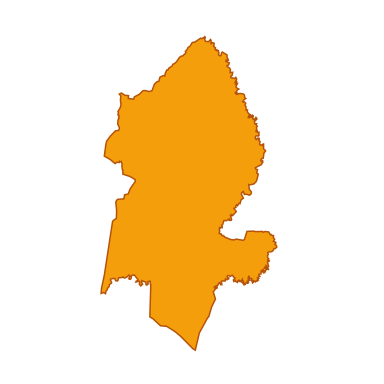 Chum Phuang, Nakhon Ratchasima, Thailand, rotated 190°
{"feature_id": "78962969B76863241399521", "entity_name": "Chum Phuang", "entity_type": "district", "adm_level": 2, "iso_a3": "THA", "parent_name": "Thailand", "parent_adm1": "Nakhon Ratchasima", "projection": "natural_earth1", "projection_center": [102.724, 15.266], "detail": "fine", "context": "isolated", "style": "filled", "palette": "amber", "viewbox_px": 384, "rotation_deg": 190, "n_neighbors": 0, "source": "geoboundaries", "source_scale": "gbopen_adm2", "svg_char_len": 6102}
<svg xmlns="http://www.w3.org/2000/svg" viewBox="0 0 384 384"><g transform="rotate(190 192 192)"><path d="M199.8,54.8L193.6,55.3L184.3,51.5L178.1,47.9L164.0,37.9L161.3,36.8L160.3,54.5L154.7,71.0L153.9,71.9L152.7,82.2L150.3,90.6L153.7,97.4L152.1,100.5L153.4,101.9L153.4,102.7L152.0,103.2L151.4,101.4L150.8,101.4L150.6,102.5L151.6,104.1L150.4,104.5L149.9,106.7L149.0,107.6L147.7,105.7L146.5,105.9L147.5,108.8L147.2,109.6L143.9,110.1L144.0,112.2L142.4,111.6L140.7,113.0L140.8,113.8L142.0,113.7L142.8,114.7L142.2,116.1L139.5,115.6L138.4,116.8L137.4,117.0L136.4,115.5L134.6,114.7L136.0,112.5L135.2,111.1L134.0,112.4L133.3,111.4L131.6,110.8L131.5,112.3L130.3,112.2L130.5,113.2L129.7,113.2L129.5,112.2L128.4,112.4L127.3,114.6L127.2,113.7L125.9,113.2L125.7,112.5L127.3,111.8L126.3,111.4L124.6,109.5L123.9,110.0L125.0,110.4L125.2,111.3L123.9,110.9L123.0,111.8L121.4,111.7L120.6,112.4L120.8,113.0L121.7,112.8L122.3,113.6L120.0,115.1L121.0,115.3L121.7,116.2L121.6,118.8L120.8,118.6L120.1,116.7L118.1,117.0L118.3,115.2L117.1,114.3L116.6,113.0L115.8,113.8L116.9,114.9L116.4,115.6L113.8,114.5L113.3,115.8L112.4,115.5L111.4,116.7L112.4,117.5L111.3,118.4L112.5,119.1L110.5,120.7L111.8,121.7L111.9,122.6L109.8,123.3L110.2,126.5L108.5,127.9L108.7,125.7L107.4,124.9L107.3,126.6L106.9,126.8L106.2,125.9L105.4,128.8L103.3,129.0L104.4,131.1L104.8,130.8L104.6,129.3L106.9,129.5L107.5,130.2L107.1,130.8L105.9,130.1L106.2,132.3L104.9,131.4L103.7,132.1L105.6,136.4L105.3,137.0L104.2,137.0L103.9,137.7L105.7,138.5L105.3,139.4L104.2,139.4L105.4,139.7L106.3,141.2L106.6,142.4L106.0,143.8L106.9,145.5L106.0,146.3L103.1,147.1L102.0,148.4L101.4,150.5L100.2,150.7L98.9,152.5L99.5,153.8L100.5,154.4L100.6,155.2L101.1,155.0L100.7,157.0L103.3,157.5L102.4,159.8L104.0,161.4L104.2,163.3L105.5,163.0L106.7,163.9L107.4,163.5L109.5,166.0L113.2,165.8L115.0,164.7L115.7,165.4L122.5,164.0L124.3,164.2L131.0,162.8L132.1,154.6L133.1,153.3L140.4,153.3L142.2,152.1L145.6,151.9L152.0,153.3L152.5,154.0L153.5,153.9L154.1,154.7L155.3,154.4L156.0,155.8L158.0,155.8L157.9,158.5L158.4,159.0L158.8,161.6L158.5,161.9L157.9,161.3L157.2,162.1L156.1,162.1L156.1,163.0L157.1,164.4L156.2,165.1L155.6,169.5L153.2,169.7L150.8,171.9L150.4,170.5L148.4,171.0L148.2,171.9L150.2,175.6L149.1,176.8L148.6,176.5L148.5,175.6L147.8,175.9L145.0,180.4L147.9,183.2L146.0,184.5L146.5,186.0L145.8,187.2L144.7,186.4L143.8,189.0L142.7,188.8L142.3,192.9L140.3,194.8L142.8,198.1L143.0,199.8L141.6,201.4L140.0,198.7L138.1,199.3L135.2,198.8L134.3,199.2L133.4,200.7L133.5,202.3L136.0,204.6L137.4,209.2L135.9,209.2L132.4,210.7L130.4,213.8L129.8,221.1L131.5,221.8L131.4,225.5L133.4,225.7L133.8,227.0L128.6,230.9L127.4,233.7L127.9,235.1L129.0,234.1L129.9,235.2L129.0,237.2L127.7,237.7L127.9,243.1L126.8,244.6L126.8,245.6L129.0,246.9L129.8,251.7L130.3,251.7L130.9,250.0L131.6,250.5L132.9,250.1L133.8,250.9L133.7,253.5L135.3,254.4L134.9,255.8L135.2,256.6L136.8,256.4L137.6,254.9L138.5,255.2L139.2,256.8L139.0,257.9L138.2,258.6L136.4,258.6L135.8,259.7L136.4,260.6L136.3,262.4L137.7,262.1L138.3,263.4L139.2,262.6L139.7,263.0L139.1,264.5L139.7,267.0L139.1,268.0L140.5,269.3L140.2,270.4L142.0,270.1L142.8,272.2L142.8,273.6L142.0,273.2L140.7,275.3L142.0,276.6L142.7,274.9L144.4,274.3L145.0,275.2L144.9,277.7L146.3,278.5L145.7,277.8L146.5,275.9L147.3,275.9L147.3,277.4L148.1,276.9L148.4,275.2L149.5,275.1L149.5,276.4L148.3,278.4L149.9,279.0L151.5,280.8L151.6,282.5L153.0,282.2L153.6,285.3L154.9,286.7L154.5,288.7L156.0,289.8L156.8,289.3L157.8,289.8L156.7,292.0L155.3,293.4L156.3,293.8L157.3,296.8L158.7,297.5L162.0,297.4L163.1,296.7L164.4,297.1L164.5,296.0L165.0,295.8L166.6,297.0L166.6,297.6L165.2,297.9L165.6,298.9L165.3,300.0L163.8,301.5L165.6,302.0L167.1,303.2L166.1,306.8L167.1,306.6L167.7,305.8L168.2,306.0L167.0,308.3L167.4,308.9L168.4,308.2L167.6,311.0L168.8,312.5L169.6,311.2L173.2,311.4L173.8,311.9L173.9,312.6L172.7,314.0L172.7,317.0L175.2,316.2L175.3,319.0L176.3,320.5L179.3,321.8L179.4,322.7L178.0,323.5L177.7,325.6L181.3,326.5L181.4,327.8L179.4,327.7L179.0,328.2L181.0,331.0L181.3,333.1L186.5,335.1L187.1,333.8L187.2,331.4L187.9,330.9L189.0,331.4L189.9,332.1L189.6,333.6L190.6,335.8L191.9,335.4L192.3,336.5L193.1,335.8L194.2,336.9L193.9,338.1L196.1,339.2L195.8,340.6L196.1,342.5L198.1,342.6L198.7,341.3L199.1,341.3L199.5,344.6L200.3,345.4L201.8,342.9L204.9,342.7L206.1,344.7L205.7,346.5L206.4,347.2L207.1,345.7L207.7,345.9L208.8,344.7L210.2,345.0L215.5,339.9L216.9,339.7L218.0,338.8L218.7,336.5L219.7,334.7L221.0,333.7L221.8,330.9L223.0,329.4L222.3,328.6L222.6,327.1L223.7,326.1L224.2,324.8L226.7,323.6L227.8,322.2L229.8,317.7L231.6,315.4L233.0,314.5L233.6,312.5L236.2,310.1L236.8,308.2L238.0,307.8L239.0,303.9L238.9,301.6L240.3,301.7L243.5,299.6L243.9,295.2L245.5,294.7L247.7,291.7L249.0,284.8L251.6,283.5L255.9,283.8L257.9,283.2L260.9,279.0L265.3,275.7L265.5,273.3L271.0,273.0L271.2,275.9L274.8,275.6L278.8,277.2L280.6,275.8L278.8,274.2L278.4,269.8L277.1,265.9L277.3,262.7L278.9,258.3L278.3,257.9L278.3,255.1L277.7,255.3L277.1,254.5L277.2,252.2L276.7,251.9L277.4,250.1L276.9,245.9L274.9,243.1L274.5,241.3L275.1,239.9L278.0,238.9L282.1,232.9L284.9,227.2L285.1,224.2L284.6,212.1L278.2,209.8L272.7,206.6L271.2,208.2L268.7,208.5L268.6,209.7L267.2,209.2L266.9,209.6L265.6,207.0L265.6,205.5L264.3,201.6L263.9,201.6L263.2,197.6L255.8,196.5L252.0,195.1L250.0,194.2L249.8,192.2L253.4,184.6L254.5,179.0L257.9,177.5L257.9,173.4L263.9,171.9L264.8,170.7L265.3,168.9L263.0,160.5L261.9,152.9L264.7,150.2L265.1,148.6L263.9,95.0L264.4,81.2L263.9,76.3L261.9,77.6L259.5,76.9L259.6,79.1L258.6,80.9L258.4,82.6L257.2,84.4L257.2,86.6L255.4,88.4L255.7,89.6L257.2,91.1L256.8,92.1L255.8,92.7L253.0,93.5L251.9,91.4L250.0,91.4L249.5,92.2L249.5,94.3L249.0,94.9L245.7,95.7L245.2,96.4L243.7,95.5L241.8,96.5L239.6,99.3L238.6,98.4L239.2,95.9L238.6,95.2L237.8,95.3L237.0,96.0L237.0,99.4L234.3,100.2L229.9,96.2L230.0,95.3L231.4,94.6L231.6,93.6L228.5,94.9L227.8,94.0L227.9,92.0L226.1,90.6L224.6,92.7L226.1,94.6L226.2,96.0L221.8,95.2L221.2,92.7L220.3,92.5L219.2,93.8L219.9,96.0L218.0,97.0L217.4,96.5L217.4,94.9L216.5,93.5L211.8,61.6L208.6,60.5L199.8,54.8Z" fill="#f59e0b" stroke="#b45309" stroke-width="1.5"/></g></svg>